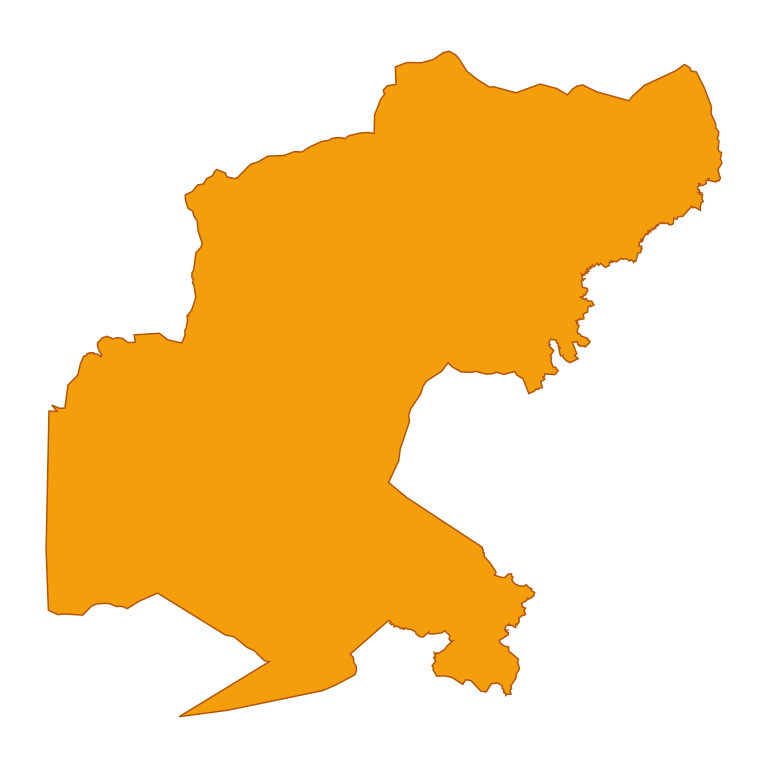 Sunyani Municipal, Brong Ahafo, Ghana (orthographic projection)
{"feature_id": "2480657B55840347650819", "entity_name": "Sunyani Municipal", "entity_type": "district", "adm_level": 2, "iso_a3": "GHA", "parent_name": "Ghana", "parent_adm1": "Brong Ahafo", "projection": "orthographic", "projection_center": [-2.299, 7.228], "detail": "fine", "context": "isolated", "style": "filled", "palette": "amber", "viewbox_px": 768, "rotation_deg": 0, "n_neighbors": 0, "source": "geoboundaries", "source_scale": "gbopen_adm2", "svg_char_len": 6074}
<svg xmlns="http://www.w3.org/2000/svg" viewBox="0 0 768 768"><path d="M720.4,178.5L717.9,169.7L721.9,163.1L720.4,159.0L721.6,152.5L719.2,151.6L718.1,149.1L719.0,141.0L717.1,138.6L718.5,135.7L718.6,131.4L715.8,128.1L715.8,124.2L711.0,113.5L711.5,106.8L703.9,87.0L696.2,71.8L691.1,71.1L689.9,67.7L684.5,64.5L675.7,70.8L644.6,85.2L632.7,95.9L629.0,100.8L596.3,91.7L582.9,85.0L577.1,86.0L572.4,89.1L567.5,94.9L556.5,88.4L539.9,84.1L516.1,92.8L493.4,86.7L489.5,87.2L476.1,78.7L466.7,71.0L459.1,58.9L455.6,54.9L449.4,51.3L443.5,52.6L433.3,59.5L421.8,62.7L406.6,62.6L395.4,66.9L396.0,84.4L387.5,85.7L383.2,90.2L384.5,94.2L380.8,99.1L374.6,114.9L374.2,133.4L367.8,132.5L360.0,133.1L348.8,135.7L345.0,138.7L339.8,137.5L331.7,138.4L329.7,140.1L321.2,141.6L309.5,147.0L301.8,152.0L294.3,151.7L284.1,155.5L267.8,156.2L257.7,162.1L250.6,164.2L237.9,177.2L235.0,178.7L226.7,176.8L225.5,173.0L216.5,169.5L213.9,172.5L213.1,175.4L206.6,178.6L203.4,184.0L197.7,184.9L192.4,191.4L185.3,194.9L185.4,199.5L187.9,208.2L192.7,211.2L194.0,216.1L197.2,221.1L198.1,230.7L202.3,243.7L200.7,247.5L195.9,252.8L193.7,269.8L191.9,273.0L192.0,277.6L193.5,279.9L192.4,282.6L194.1,286.0L195.8,297.7L191.5,310.4L188.6,314.1L188.6,315.7L187.1,315.3L187.5,320.6L186.1,328.5L184.9,330.1L185.0,335.4L181.9,343.0L167.8,339.9L159.4,333.3L134.2,334.9L135.3,342.4L127.8,342.5L122.7,338.5L117.0,337.7L113.2,338.9L106.9,336.3L102.3,338.0L97.7,342.7L97.4,345.1L98.9,350.5L101.6,354.7L101.2,356.7L98.2,354.4L93.7,353.8L93.6,352.7L89.5,352.9L87.0,353.8L85.8,356.0L83.7,356.2L80.3,364.3L77.8,375.0L68.0,385.1L64.9,408.2L59.7,408.3L51.9,405.1L57.2,411.5L49.0,411.0L46.1,549.2L48.4,610.2L57.7,614.6L64.7,614.0L82.8,615.1L91.6,606.0L95.9,604.1L103.9,603.3L110.1,603.8L116.3,606.5L122.0,606.3L127.3,608.6L139.3,601.1L157.6,593.1L225.6,635.1L233.9,636.6L247.1,647.4L254.1,650.6L264.2,660.5L269.1,661.8L179.1,716.7L228.3,710.1L322.5,690.6L335.5,685.1L354.8,674.8L356.4,670.8L356.2,665.9L353.9,662.8L353.3,657.4L350.2,654.1L388.4,620.7L390.9,622.0L389.9,623.1L391.2,624.6L393.2,624.0L394.1,626.8L397.0,626.0L401.0,628.6L403.4,627.9L403.5,629.4L406.0,628.1L408.4,629.4L410.5,629.2L415.3,631.6L416.2,634.1L420.0,636.8L423.3,636.9L428.9,632.0L429.1,633.7L432.3,634.1L442.2,632.8L444.5,630.5L449.8,635.6L449.1,639.2L450.5,640.9L453.1,640.7L447.0,646.0L444.7,649.5L438.6,653.3L436.4,652.8L436.1,654.0L434.2,652.7L435.4,657.5L433.8,657.5L435.6,661.3L432.1,665.5L433.5,668.2L433.0,669.6L436.7,676.1L444.5,675.9L452.0,677.4L462.7,684.4L465.7,679.7L470.9,680.5L480.8,691.1L486.1,692.0L491.3,683.9L497.3,682.9L502.0,685.5L502.1,688.6L503.7,689.5L503.7,692.4L504.6,692.1L505.9,695.5L506.9,694.2L511.0,694.2L509.9,690.2L511.6,688.7L510.7,686.2L516.2,677.7L515.9,675.0L519.5,668.7L517.7,662.6L518.4,659.1L508.8,651.1L508.6,646.9L504.7,646.2L500.7,643.5L499.2,640.5L508.3,634.7L508.2,632.7L505.9,631.6L507.7,630.2L504.5,630.0L505.7,626.4L508.9,624.1L508.8,625.4L511.9,625.3L515.6,627.6L515.8,624.2L516.8,623.8L517.2,624.7L519.1,621.9L519.1,618.1L521.3,616.0L525.5,614.6L524.1,610.1L525.6,608.2L522.5,607.0L521.7,603.4L526.7,600.4L527.3,598.5L528.7,599.2L533.3,596.4L534.7,592.5L531.2,590.5L531.5,588.5L530.0,588.5L526.3,584.7L523.8,586.2L519.0,585.9L514.8,583.7L512.5,581.0L511.9,579.0L513.0,577.2L511.7,576.3L511.5,573.9L508.1,574.2L505.1,577.3L502.7,577.7L494.4,575.2L496.0,573.1L495.6,571.3L490.0,562.8L484.2,556.5L484.1,552.7L482.7,552.2L483.4,550.1L482.3,549.4L482.2,547.2L407.0,497.8L388.6,482.5L398.7,460.7L400.2,448.9L409.5,421.5L408.6,415.1L410.8,408.8L420.7,393.8L423.0,386.3L426.5,381.1L441.8,371.1L448.1,362.8L452.8,367.3L461.2,372.0L472.1,372.3L475.2,371.3L486.3,374.1L492.1,373.8L496.5,372.2L503.6,374.4L514.7,371.5L516.7,374.9L523.2,379.0L528.8,393.6L534.3,391.2L535.8,389.1L538.3,389.4L539.0,388.0L542.4,387.7L540.8,381.7L544.9,379.1L543.0,376.8L544.4,376.4L544.8,373.9L554.9,374.6L558.1,370.9L555.8,367.5L553.0,366.8L550.8,360.7L551.6,357.7L550.5,355.8L553.7,350.6L548.9,345.7L550.2,344.4L549.1,343.8L549.2,341.5L551.0,339.2L556.4,340.4L556.5,342.7L558.4,344.0L558.1,346.4L559.3,347.0L558.9,348.1L560.0,348.0L559.1,350.1L560.5,355.7L563.2,356.0L563.2,357.6L567.0,361.2L570.1,362.6L578.2,358.7L574.5,355.5L576.8,353.9L572.3,342.3L577.4,341.7L577.5,343.9L579.3,345.9L579.8,345.0L581.4,346.4L584.6,346.0L585.1,347.0L589.6,342.8L589.9,341.1L588.0,340.2L587.7,338.4L581.6,336.2L579.2,333.6L577.6,333.6L577.3,330.2L579.1,325.5L576.6,323.8L576.6,322.7L577.8,322.6L575.9,320.5L579.0,319.9L579.8,318.5L580.7,319.5L583.9,318.7L583.3,313.9L587.6,312.2L587.9,307.4L589.8,305.6L590.6,306.6L593.9,304.9L591.7,301.2L587.8,301.0L586.0,298.3L584.7,299.5L580.7,297.1L583.5,296.5L583.6,295.0L585.2,295.2L587.8,290.3L587.0,288.3L582.5,287.3L581.4,281.4L581.8,280.0L583.0,280.5L584.6,278.9L582.7,279.1L581.4,274.1L583.2,275.6L584.0,274.4L584.9,274.9L585.3,272.3L587.3,273.0L586.3,271.0L587.2,272.0L588.8,271.4L586.5,269.9L587.3,268.4L588.5,269.3L590.7,268.7L589.6,266.3L590.8,267.3L592.4,265.5L592.2,266.9L594.1,266.6L597.0,263.1L598.6,265.3L600.7,263.3L605.4,267.4L609.3,265.5L609.5,262.1L610.7,262.3L611.6,260.7L612.3,262.2L613.6,261.1L616.5,261.9L621.1,258.4L622.5,259.3L626.1,258.7L629.4,260.9L631.6,259.7L633.7,262.3L634.1,261.1L635.8,261.3L638.0,253.0L640.7,252.6L641.2,249.0L642.5,248.6L641.2,248.4L641.7,246.2L639.0,246.1L639.3,242.4L642.3,241.5L643.0,240.0L641.0,240.3L641.0,239.0L642.9,239.0L645.8,233.9L647.8,234.5L648.1,231.3L648.8,232.6L649.4,230.9L650.6,231.9L650.9,230.3L653.3,229.5L652.6,228.2L655.8,228.5L655.2,226.4L657.5,226.0L656.8,224.7L658.2,224.9L660.6,222.7L662.7,223.6L663.7,222.7L665.3,223.7L667.9,223.1L669.0,224.8L671.7,224.7L673.3,223.5L673.9,218.0L676.9,219.4L677.9,216.8L682.9,216.2L691.9,206.1L692.8,207.8L695.0,207.3L700.4,210.4L700.3,205.7L701.4,202.9L703.3,201.4L701.8,199.0L702.6,194.4L700.4,194.5L698.5,193.0L701.2,192.6L699.1,191.5L699.2,189.7L697.9,189.8L697.4,187.4L699.2,185.7L698.4,183.8L700.2,183.6L700.0,185.1L701.8,185.8L706.2,183.6L706.1,180.4L707.7,180.1L708.2,178.4L709.2,178.8L708.6,180.3L715.9,182.0L716.9,180.5L718.7,181.0L720.4,178.5Z" fill="#f59e0b" stroke="#b45309" stroke-width="1.5"/></svg>